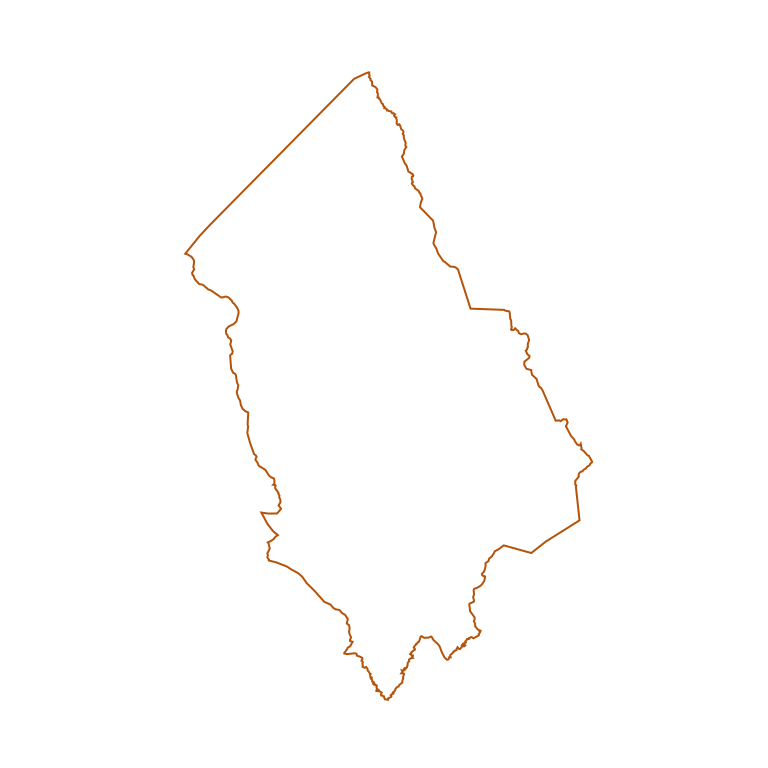 the district of Mwingi East, Eastern, Kenya, rotated 250°
{"feature_id": "3690345B72019855775224", "entity_name": "Mwingi East", "entity_type": "district", "adm_level": 2, "iso_a3": "KEN", "parent_name": "Kenya", "parent_adm1": "Eastern", "projection": "mercator", "projection_center": [38.382, -0.927], "detail": "fine", "context": "isolated", "style": "outline", "palette": "amber", "viewbox_px": 768, "rotation_deg": 250, "n_neighbors": 0, "source": "geoboundaries", "source_scale": "gbopen_adm2", "svg_char_len": 6137}
<svg xmlns="http://www.w3.org/2000/svg" viewBox="0 0 768 768"><g transform="rotate(250 384 384)"><path d="M574.4,241.8L573.5,243.2L569.4,246.6L565.8,247.6L564.0,247.5L559.0,244.8L556.8,244.9L554.0,241.6L551.7,241.4L551.4,242.0L547.8,242.0L544.5,243.0L543.7,243.7L542.8,243.7L541.1,244.6L539.2,247.7L533.1,251.1L531.0,253.5L521.4,260.3L520.7,261.3L520.3,265.4L518.3,267.6L514.4,269.5L512.4,269.6L510.6,270.7L505.8,272.1L502.5,272.3L500.2,271.5L493.3,266.7L491.7,263.1L491.2,257.9L489.6,254.7L488.3,253.7L485.0,252.9L483.7,253.5L481.1,253.5L479.3,254.9L477.3,255.4L473.5,253.0L466.3,253.0L464.4,251.7L464.0,249.9L463.2,249.1L450.7,245.6L446.3,246.0L444.4,247.6L443.3,247.9L435.9,246.4L432.6,246.6L429.6,245.0L427.2,243.1L425.5,242.6L420.5,242.5L417.8,243.1L413.1,242.3L409.2,242.6L405.7,244.5L403.7,246.7L392.4,241.9L390.6,241.8L384.7,238.8L374.8,238.0L362.5,237.9L361.1,239.0L359.1,239.4L357.6,237.7L356.5,237.3L353.5,238.2L349.9,238.4L344.0,243.1L337.4,244.6L334.9,246.0L333.0,248.2L331.4,248.2L327.9,247.0L327.2,245.4L326.1,247.3L325.5,247.4L324.5,246.5L323.1,246.1L317.8,247.6L317.3,247.2L314.9,247.6L313.5,246.8L310.7,247.0L308.2,246.2L306.0,243.4L302.0,244.6L298.9,239.3L301.8,231.0L305.1,224.8L292.5,226.6L283.7,229.4L278.3,232.6L277.6,229.8L276.1,227.4L275.1,223.9L274.9,220.6L273.7,221.0L268.3,220.3L264.8,216.5L262.8,216.3L261.1,215.1L260.3,215.2L258.5,215.8L257.6,215.4L257.2,215.9L253.2,221.8L245.6,230.4L241.3,233.6L235.4,238.8L230.7,241.3L223.2,243.3L213.8,247.8L199.7,253.4L195.0,258.3L191.1,259.7L189.0,261.2L186.9,264.8L183.0,266.3L180.3,268.5L175.6,269.6L171.7,267.1L169.2,268.7L166.1,268.1L163.2,266.4L160.4,266.1L157.1,266.4L155.3,264.6L154.2,264.2L152.5,266.3L149.1,262.5L148.7,259.8L147.2,258.4L145.0,254.8L144.3,254.5L142.8,257.0L140.9,264.7L139.8,265.9L137.8,265.8L135.9,268.3L134.1,269.9L133.2,269.8L131.9,268.3L131.4,268.2L131.0,268.7L129.7,269.0L128.6,268.0L126.7,267.8L125.7,267.1L123.9,268.8L124.2,270.4L122.0,271.1L120.2,270.6L119.0,271.3L116.8,271.6L116.0,272.2L115.5,271.4L112.9,270.9L112.3,270.9L112.8,271.7L112.3,272.2L111.3,271.4L109.6,271.7L108.4,271.1L107.3,272.3L106.0,271.2L105.4,271.5L106.2,272.5L103.9,272.8L104.0,273.4L102.9,274.1L101.1,273.1L99.7,273.3L98.7,271.9L98.1,271.8L97.3,273.6L98.0,274.4L96.8,274.7L94.8,276.3L93.5,275.1L92.3,274.8L91.9,275.9L90.9,276.4L90.6,277.1L87.5,276.9L85.9,279.9L87.1,280.2L87.6,283.8L88.2,284.3L89.3,283.9L90.1,286.3L89.8,286.9L90.2,287.3L91.1,286.9L91.8,289.1L93.9,290.8L94.8,293.1L94.7,294.1L96.0,295.5L97.1,299.0L99.4,300.1L100.8,301.5L102.0,301.6L104.7,303.7L105.4,303.4L106.2,301.3L107.3,302.8L108.8,302.8L108.0,303.8L108.1,305.5L108.4,305.8L109.3,305.3L110.0,306.3L109.2,307.4L109.9,308.6L110.4,308.6L111.5,310.0L112.6,310.2L114.1,311.2L114.9,312.9L116.4,313.2L117.1,314.7L116.7,317.4L117.8,317.0L118.5,318.2L119.0,318.3L119.1,317.6L121.3,316.2L121.8,317.7L122.4,317.8L122.9,318.8L123.8,322.2L124.4,322.4L126.2,321.8L127.5,323.3L128.2,325.2L128.9,325.5L128.9,326.6L129.7,327.4L129.9,328.8L134.1,332.1L134.2,333.0L131.7,335.0L130.4,339.5L130.6,341.9L129.7,342.4L126.6,342.9L120.9,345.8L118.7,346.5L112.5,346.6L106.3,347.3L103.4,348.9L103.1,349.4L103.3,350.5L105.0,351.9L104.4,353.1L106.3,353.4L106.8,353.9L107.8,356.8L108.8,357.6L108.6,358.7L109.2,359.1L109.2,361.2L110.0,361.4L111.5,363.1L109.7,363.7L108.9,364.7L110.7,368.0L110.1,369.6L110.6,371.0L111.1,370.8L111.0,369.6L112.0,368.0L113.0,369.5L113.1,372.5L114.4,372.4L114.8,373.7L116.1,374.9L115.3,376.4L115.5,377.0L116.2,377.1L116.3,379.7L114.5,381.0L114.5,381.5L115.4,387.2L116.7,387.5L117.6,389.1L118.1,389.5L118.8,389.2L119.2,390.2L121.2,388.2L124.9,386.8L127.7,387.6L130.4,387.3L131.5,388.4L133.7,389.3L141.1,387.2L147.9,388.8L148.3,389.3L148.7,393.9L150.0,394.6L153.3,394.9L155.6,396.7L159.6,397.7L160.6,398.6L160.7,402.4L161.5,406.0L162.5,408.0L164.9,411.1L168.4,413.1L168.9,413.0L169.4,411.9L170.5,411.0L172.1,411.1L173.6,414.0L177.9,417.1L181.0,418.2L181.9,421.7L184.0,423.1L185.0,426.1L186.7,428.6L188.9,430.9L189.6,435.6L191.4,441.3L174.8,464.6L180.6,482.2L189.0,521.1L221.5,529.1L223.0,530.0L224.2,529.3L227.5,530.6L230.3,535.3L232.3,535.8L233.8,537.5L234.3,539.5L234.0,540.6L235.1,542.1L235.7,544.9L236.8,546.5L237.2,549.1L238.9,551.1L239.2,552.7L240.5,552.9L246.4,552.0L247.3,550.9L253.0,548.6L255.2,547.0L256.2,547.7L260.5,548.4L259.6,547.3L259.6,546.4L261.0,544.9L265.0,543.8L266.7,543.8L271.0,542.0L282.1,540.5L285.0,543.4L288.4,543.3L288.8,541.7L289.6,540.6L288.7,537.2L289.8,536.4L290.8,532.8L323.8,530.8L326.7,530.2L328.5,528.9L330.5,528.7L336.5,529.1L342.2,526.2L346.8,527.1L349.5,523.1L354.0,522.3L357.0,523.6L358.9,529.3L360.6,530.4L362.9,528.9L366.8,528.6L367.6,530.4L368.8,530.9L369.5,531.9L372.3,532.7L375.7,535.4L380.6,535.7L382.9,534.4L383.6,532.9L383.8,530.1L385.5,528.2L388.1,528.2L389.1,527.3L391.5,526.3L390.5,524.5L391.0,522.4L391.7,522.0L393.8,523.6L394.9,523.5L400.5,525.3L401.9,524.9L408.3,526.6L409.5,526.4L411.4,523.0L412.5,522.4L425.2,491.1L466.3,492.7L468.6,491.5L470.1,490.0L471.7,486.4L477.6,483.1L479.1,481.8L488.0,479.5L493.4,479.5L498.5,478.5L500.0,478.9L508.9,484.9L513.3,484.8L520.7,486.0L537.8,478.3L542.3,480.9L544.8,483.3L546.7,483.4L549.2,483.1L550.6,483.4L551.6,482.7L553.5,482.6L557.3,480.0L559.2,480.3L560.0,479.5L562.7,478.7L563.3,479.0L563.8,480.3L567.1,480.1L569.4,481.1L569.2,482.4L570.2,483.0L571.9,482.5L572.7,481.4L573.7,481.1L575.2,479.6L581.6,479.9L584.1,479.1L591.6,478.6L593.6,481.4L597.0,483.2L599.1,486.1L600.7,485.6L603.3,486.9L607.0,486.7L609.7,487.1L610.7,487.7L612.5,487.1L613.7,488.3L615.4,488.6L617.7,487.3L621.6,487.6L622.0,487.0L622.9,486.9L622.7,485.5L624.4,484.9L627.5,486.3L629.1,486.2L630.2,486.8L631.2,485.6L632.7,485.3L633.6,486.6L635.2,485.6L635.3,484.6L636.2,484.0L637.5,484.2L638.9,481.8L639.6,481.6L640.0,480.4L641.6,480.5L643.2,478.6L644.1,479.4L645.2,478.5L647.4,478.7L648.4,477.9L653.2,477.5L654.1,476.7L655.1,477.0L655.6,475.9L657.7,477.2L659.4,477.6L660.4,477.2L663.0,478.5L666.0,477.5L668.6,475.0L672.2,476.2L674.4,475.2L675.3,475.8L677.8,474.9L678.6,476.0L680.0,475.9L681.8,476.7L682.1,476.3L682.1,472.7L681.0,460.3L593.6,276.0L586.3,261.6L574.4,241.8Z" fill="none" stroke="#b45309" stroke-width="2"/></g></svg>